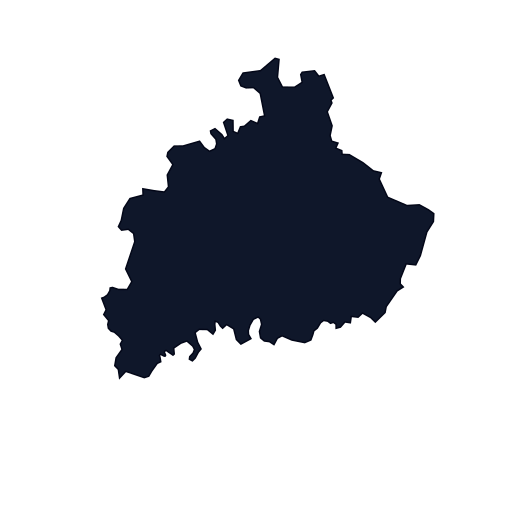 Minas de Corrales, Rivera, Uruguay (Albers equal-area conic projection), rotated 41°
{"feature_id": "84410073B24709911994057", "entity_name": "Minas de Corrales", "entity_type": "district", "adm_level": 2, "iso_a3": "URY", "parent_name": "Uruguay", "parent_adm1": "Rivera", "projection": "albers", "projection_center": [-55.503, -31.525], "detail": "fine", "context": "isolated", "style": "filled", "palette": "ink", "viewbox_px": 512, "rotation_deg": 41, "n_neighbors": 0, "source": "geoboundaries", "source_scale": "gbopen_adm2", "svg_char_len": 2595}
<svg xmlns="http://www.w3.org/2000/svg" viewBox="0 0 512 512"><g transform="rotate(41 256 256)"><path d="M180.8,365.7L174.1,371.5L168.3,373.9L166.9,375.8L168.5,378.1L169.4,382.7L168.5,386.7L167.2,389.0L178.2,394.9L179.5,400.1L187.2,401.4L189.0,404.9L192.0,407.4L195.9,407.8L199.1,406.4L204.8,406.4L210.5,407.2L211.4,411.5L216.2,414.4L217.2,424.6L221.4,431.5L226.5,431.9L233.1,437.6L233.4,428.5L251.5,421.1L253.9,417.1L252.8,411.2L251.9,401.9L253.5,398.3L250.1,395.5L248.4,394.4L248.3,392.9L250.1,392.4L252.2,391.9L253.1,391.3L253.0,390.4L252.1,389.7L250.2,389.0L249.6,387.7L250.0,386.2L253.3,385.9L256.4,385.5L258.4,385.3L258.6,383.6L256.4,381.5L254.3,379.5L256.5,371.1L259.6,365.5L267.4,365.5L270.9,366.9L272.2,370.5L272.0,375.4L273.4,377.6L276.8,376.9L277.1,373.0L275.6,366.4L275.5,362.2L268.5,359.4L260.3,353.8L261.2,348.7L267.5,343.4L274.8,343.2L274.0,338.7L269.7,334.6L267.9,332.0L270.9,330.9L275.1,332.2L278.2,332.4L278.8,327.0L287.0,325.6L296.0,331.9L302.4,332.4L306.4,321.7L301.8,320.1L299.1,317.3L296.8,312.2L295.5,305.6L297.6,300.6L300.8,300.7L305.1,303.9L308.1,310.7L313.2,314.8L318.0,314.7L322.4,311.8L327.7,311.1L326.1,304.1L328.0,299.1L338.2,295.9L349.6,289.4L352.5,283.4L350.5,278.1L348.8,274.6L349.6,270.2L348.5,264.0L349.3,260.3L352.9,258.1L356.4,257.9L357.9,255.3L361.2,255.0L363.9,258.0L366.4,254.3L366.4,247.4L371.0,244.5L367.5,239.1L373.2,235.2L373.8,229.2L383.0,227.2L389.4,227.6L390.5,214.0L387.5,208.8L385.4,189.8L387.5,182.8L383.1,182.4L379.8,178.4L374.5,163.4L382.4,157.9L379.8,147.9L369.2,125.8L367.3,113.6L362.4,107.4L355.8,108.0L345.7,110.2L336.8,118.9L316.8,125.3L298.5,117.1L296.0,110.9L288.6,114.8L275.8,115.4L259.9,118.3L254.3,122.8L251.6,120.2L245.4,122.3L243.8,117.0L237.8,119.7L232.9,116.5L228.0,107.8L215.1,100.4L212.9,90.7L210.3,89.3L210.6,86.0L188.4,74.4L185.5,79.1L178.7,77.8L170.3,87.0L170.7,89.7L176.9,94.6L174.4,103.3L165.2,111.2L155.0,107.1L144.4,92.5L140.7,94.3L137.8,113.2L126.2,126.4L127.7,134.8L133.0,137.5L138.2,135.6L143.7,130.5L152.5,130.5L170.6,144.6L167.6,148.6L170.3,155.0L163.3,157.2L162.1,165.7L159.5,168.7L161.8,175.5L157.0,177.0L149.7,168.8L144.5,171.6L143.9,176.4L155.9,183.5L155.2,188.2L150.6,186.8L141.5,186.8L139.6,191.5L141.8,193.2L149.2,194.2L152.8,197.2L154.7,201.9L152.2,207.5L145.7,208.1L138.1,206.4L128.8,220.8L122.1,226.8L121.5,235.6L123.5,239.2L133.3,241.5L135.9,253.1L144.6,261.2L144.9,267.8L136.4,273.5L126.5,279.5L130.8,284.1L123.2,295.3L124.9,306.8L131.0,317.6L132.9,324.1L137.6,324.7L142.1,319.6L148.9,319.3L155.1,324.7L166.1,351.3L179.1,356.8L180.8,365.7Z" fill="#0f172a" stroke="#020617" stroke-width="1.5"/></g></svg>